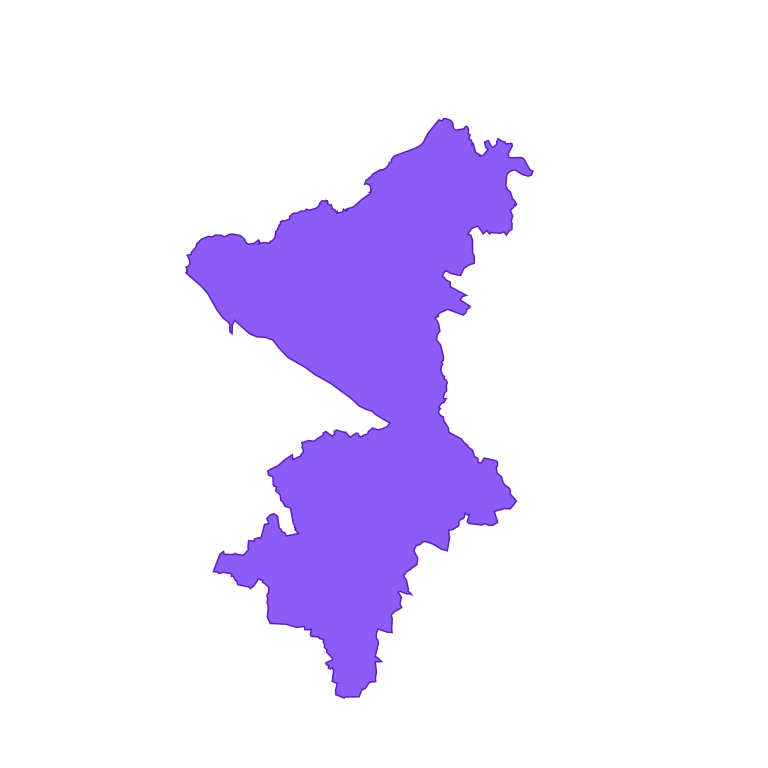 Dundalk South Lea-7, Louth, Ireland, rotated 231°
{"feature_id": "5873133B29176849558462", "entity_name": "Dundalk South Lea-7", "entity_type": "district", "adm_level": 2, "iso_a3": "IRL", "parent_name": "Ireland", "parent_adm1": "Louth", "projection": "albers", "projection_center": [-6.463, 53.981], "detail": "fine", "context": "isolated", "style": "filled", "palette": "violet", "viewbox_px": 768, "rotation_deg": 231, "n_neighbors": 0, "source": "geoboundaries", "source_scale": "gbopen_adm2", "svg_char_len": 6171}
<svg xmlns="http://www.w3.org/2000/svg" viewBox="0 0 768 768"><g transform="rotate(231 384 384)"><path d="M345.6,133.3L342.1,136.7L340.9,136.3L338.8,140.4L332.6,146.2L330.5,144.3L329.6,145.9L324.6,144.9L323.6,145.6L320.2,144.1L311.4,151.2L309.0,151.6L309.0,155.8L311.5,163.6L307.8,166.0L306.2,164.8L304.1,165.8L298.5,166.5L294.1,162.4L294.2,161.2L292.8,159.5L291.0,159.1L287.8,155.6L284.2,154.3L276.1,146.5L269.5,144.9L259.1,156.6L249.8,163.0L245.8,169.6L242.9,167.9L239.0,172.8L235.2,168.8L233.7,168.6L228.6,174.0L226.7,173.7L223.5,176.2L221.9,174.4L218.7,173.8L216.9,171.9L214.3,172.4L212.5,171.9L211.7,170.7L203.2,171.3L202.1,170.0L203.9,163.3L201.7,162.7L199.9,164.0L198.4,162.1L196.4,162.9L196.1,164.8L193.2,164.8L185.4,156.5L180.8,159.3L176.0,153.1L172.8,151.1L165.0,155.4L165.2,156.8L156.6,167.9L160.2,174.0L159.2,177.8L161.4,185.1L157.9,190.3L161.3,192.6L164.6,196.6L173.6,202.3L169.8,207.4L176.2,206.6L177.6,205.4L185.3,215.6L188.6,218.0L191.5,218.1L195.9,222.2L197.1,225.3L189.2,230.2L185.7,233.9L188.5,235.5L196.3,242.7L199.9,244.2L200.5,248.1L199.2,257.1L203.0,258.0L207.6,263.4L213.4,263.9L212.9,265.9L206.4,269.7L204.8,272.0L203.2,272.8L205.8,273.0L207.8,272.1L208.7,273.5L217.1,277.9L222.8,278.5L223.0,281.2L223.9,282.2L222.9,295.9L227.4,300.6L234.8,302.1L236.9,304.1L238.0,307.6L236.5,311.7L237.1,314.6L235.6,317.0L229.3,321.1L219.5,324.7L214.5,328.2L223.8,338.8L224.9,338.8L229.4,342.3L227.6,345.9L226.9,352.2L227.4,353.8L229.8,355.4L230.6,358.6L229.6,360.1L229.7,362.0L232.4,365.9L229.7,366.3L228.9,368.5L224.4,361.9L222.2,362.3L212.7,371.5L212.1,374.5L208.1,376.6L205.6,380.3L205.0,385.3L215.5,389.5L211.5,399.1L207.5,403.6L209.5,413.2L219.5,412.9L221.2,414.9L223.2,415.7L227.3,415.2L228.3,414.4L232.5,414.6L237.8,416.9L243.4,415.9L248.1,418.3L248.9,420.6L252.1,423.1L254.2,422.5L263.4,415.3L261.4,409.6L263.6,407.9L267.0,410.1L270.6,408.7L276.9,411.2L282.0,409.7L283.9,410.4L286.8,409.4L292.5,409.6L305.5,404.1L309.4,406.4L318.0,407.4L321.1,409.5L323.6,408.1L327.3,408.2L329.1,410.6L329.4,412.4L331.0,411.8L331.7,412.8L332.9,416.7L331.8,418.7L333.5,423.1L335.1,421.0L336.3,421.7L338.9,425.5L339.2,428.3L344.3,432.1L344.9,433.9L348.3,434.9L349.7,433.8L351.9,435.7L354.2,435.2L358.8,436.8L361.5,439.5L362.6,442.4L363.9,441.6L364.9,442.2L364.9,444.7L367.4,447.2L378.5,452.5L385.2,452.6L388.7,456.3L390.0,460.8L396.3,464.3L403.4,465.5L402.2,468.9L404.1,469.8L404.1,472.6L401.9,480.5L387.7,489.0L387.8,492.3L389.7,495.3L389.5,499.0L390.2,499.8L401.3,496.1L402.7,500.0L401.0,503.8L418.0,496.7L421.2,499.5L426.3,497.6L429.0,497.9L430.5,496.9L432.4,499.3L433.1,503.3L427.4,505.8L420.2,511.7L423.6,519.2L423.0,525.1L421.0,530.2L426.5,534.6L430.3,535.5L439.9,543.2L445.0,545.1L447.5,543.2L449.8,550.0L447.8,556.3L438.2,555.7L438.6,560.4L434.1,560.4L434.4,562.4L428.3,568.8L426.5,573.0L422.8,572.8L424.1,577.7L423.7,580.8L428.1,584.5L430.3,585.3L433.6,589.7L439.5,591.5L439.7,596.0L441.3,598.2L439.8,598.5L440.0,599.9L444.8,600.9L446.9,600.4L453.9,603.1L456.8,602.4L461.4,603.4L469.7,611.5L470.0,615.8L468.2,620.5L460.1,623.2L454.9,626.7L453.6,629.8L455.6,633.7L458.6,632.2L470.8,634.3L472.3,634.0L473.8,633.0L480.0,624.7L481.7,623.7L484.8,625.5L488.3,633.6L490.6,634.7L494.0,629.7L496.0,630.4L498.5,628.4L502.8,627.1L501.3,624.0L499.4,622.7L499.2,617.4L501.8,617.0L507.5,618.3L508.7,614.4L503.7,612.0L500.7,612.5L499.3,604.9L501.0,602.0L501.9,602.8L506.1,601.0L514.4,604.4L514.7,602.7L515.7,604.3L518.9,605.2L521.1,604.1L523.6,607.8L525.5,606.9L528.9,610.1L531.9,610.6L532.8,609.5L532.1,606.5L536.2,599.4L538.4,598.7L543.7,601.7L546.7,601.8L550.8,599.4L552.7,597.3L551.8,594.7L554.8,592.8L550.9,575.1L547.0,566.5L546.5,562.7L547.4,556.9L554.7,535.4L553.8,531.0L552.0,529.7L551.9,528.4L552.9,527.8L551.3,525.6L550.6,522.1L551.2,517.4L552.8,516.0L554.2,507.6L553.3,504.4L553.5,498.2L551.4,494.7L550.3,496.9L546.7,498.2L543.0,495.6L542.7,496.0L541.6,494.9L541.9,493.7L540.9,494.6L541.9,493.2L541.1,493.7L540.6,493.1L541.4,484.0L540.8,472.1L543.6,464.6L542.2,464.2L542.2,463.2L545.3,462.6L543.6,460.3L546.5,455.0L548.1,457.1L547.5,455.6L548.1,455.0L550.6,455.4L552.4,454.0L556.3,455.8L556.5,454.9L559.3,453.6L561.9,455.4L563.3,454.3L562.9,453.4L565.3,451.4L565.0,448.1L563.4,445.5L563.2,442.5L566.0,435.2L568.6,433.9L568.4,431.1L570.8,428.0L571.3,424.3L573.5,421.3L573.9,419.5L573.2,417.1L573.8,416.4L571.5,414.3L573.2,409.3L575.1,408.1L574.5,407.0L575.3,405.8L573.5,404.0L573.4,402.1L572.3,401.6L572.0,399.5L570.5,397.9L570.7,396.2L566.4,391.2L565.6,387.2L566.4,385.4L565.4,383.9L569.8,379.2L571.8,374.8L572.1,376.6L574.8,377.2L575.1,371.1L578.0,366.7L579.9,365.7L584.1,366.8L590.2,365.6L596.2,360.3L597.7,357.7L598.7,352.4L602.1,351.1L606.0,346.4L606.3,343.1L609.2,340.4L611.4,333.5L610.8,327.0L608.7,323.6L607.3,316.7L606.0,315.7L607.9,312.1L602.4,310.8L600.0,309.4L598.6,306.2L599.4,303.7L596.9,303.1L596.8,302.2L595.2,302.2L595.1,300.0L574.7,303.6L565.0,303.9L547.2,300.9L537.0,300.4L529.6,302.0L526.6,301.3L521.7,297.2L518.7,297.6L525.4,303.3L527.5,308.0L507.8,311.1L500.7,314.8L495.0,321.1L488.2,325.3L477.8,325.1L464.9,326.1L445.9,333.5L435.1,336.1L418.2,342.9L393.8,349.3L382.8,350.8L375.1,354.3L370.7,357.4L364.7,358.5L350.0,364.0L348.8,359.9L350.4,353.9L352.1,350.6L357.0,347.4L356.8,341.9L355.5,339.9L357.2,335.4L356.9,333.6L358.8,331.9L361.9,332.6L363.2,331.6L364.2,324.0L370.9,323.9L370.9,323.0L378.1,318.1L378.6,315.6L376.2,314.0L376.0,310.9L383.7,308.9L384.2,306.0L382.7,305.2L383.6,293.5L387.5,289.8L390.2,283.2L387.6,282.1L386.3,280.4L383.6,279.8L381.6,278.0L381.6,275.4L380.4,274.4L382.6,265.5L386.7,268.2L387.5,260.3L387.2,250.3L389.7,239.1L385.8,236.9L381.8,239.3L375.2,234.4L373.7,234.3L371.7,235.8L369.2,232.6L363.1,233.5L358.2,230.5L356.5,231.1L351.2,230.2L346.4,233.3L332.6,225.7L329.7,225.3L328.9,224.2L327.5,224.6L327.1,223.3L321.7,223.3L327.5,212.3L330.7,213.3L332.9,212.0L336.0,212.5L337.7,211.8L348.1,218.0L352.4,216.9L353.8,213.3L353.3,208.4L348.1,206.7L350.0,202.8L341.6,191.3L343.2,190.2L344.9,186.4L345.0,185.6L343.4,184.2L347.5,180.2L342.4,175.3L340.6,174.6L339.4,167.0L343.8,162.7L346.1,161.8L346.2,159.7L352.2,152.6L354.8,153.9L354.9,152.5L355.0,149.6L345.6,133.3Z" fill="#8b5cf6" stroke="#5b21b6" stroke-width="1.5"/></g></svg>